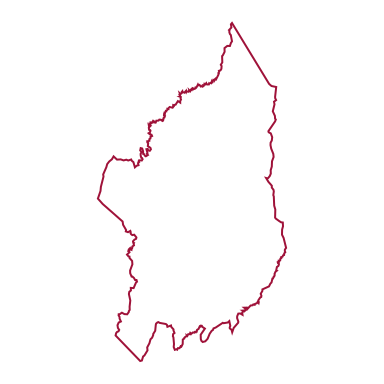 Tano North Municipal, Brong Ahafo, Ghana
{"feature_id": "2480657B68079094729511", "entity_name": "Tano North Municipal", "entity_type": "district", "adm_level": 2, "iso_a3": "GHA", "parent_name": "Ghana", "parent_adm1": "Brong Ahafo", "projection": "equal_earth", "projection_center": [-2.195, 7.195], "detail": "fine", "context": "isolated", "style": "outline", "palette": "rose", "viewbox_px": 384, "rotation_deg": 0, "n_neighbors": 0, "source": "geoboundaries", "source_scale": "gbopen_adm2", "svg_char_len": 6022}
<svg xmlns="http://www.w3.org/2000/svg" viewBox="0 0 384 384"><path d="M276.2,87.0L271.5,86.0L269.1,83.9L232.0,23.0L230.9,24.3L231.4,27.5L229.0,30.1L229.5,30.6L229.3,32.0L229.9,34.0L230.8,35.0L232.0,41.3L230.9,43.0L229.9,46.0L227.3,45.9L224.5,48.1L224.6,51.8L222.8,55.4L222.1,56.1L222.3,62.4L220.8,64.8L221.6,66.0L221.4,68.8L220.6,70.2L219.0,70.8L219.3,71.5L218.7,72.4L218.8,73.2L218.4,73.3L218.5,74.5L216.1,79.3L215.6,78.8L215.0,79.7L215.0,79.1L213.8,80.1L213.3,79.9L212.5,82.4L211.8,82.7L211.6,82.0L211.2,83.2L210.5,82.9L209.4,83.5L209.7,84.2L209.1,83.6L208.9,84.4L207.1,84.5L206.4,83.6L206.0,83.9L206.0,83.4L204.6,84.6L204.3,84.2L203.9,85.5L203.4,85.4L203.6,85.8L202.6,86.7L201.4,86.1L200.8,86.5L199.5,84.9L198.5,84.6L198.6,85.3L198.0,85.4L197.8,84.8L196.7,87.0L195.6,87.4L195.9,88.0L195.2,88.6L193.5,89.2L193.5,88.5L192.7,88.2L192.6,89.2L191.8,88.8L191.3,89.2L191.4,90.1L190.7,90.0L190.2,91.2L189.3,90.3L189.5,91.1L189.1,91.4L188.8,90.9L188.2,91.7L186.6,91.4L186.4,91.8L186.2,91.0L185.8,91.5L186.1,91.8L185.4,92.2L185.5,91.4L184.4,92.6L182.4,92.0L182.3,91.3L181.7,92.0L181.7,93.2L180.6,94.0L179.7,93.2L179.9,93.9L179.4,94.5L180.4,96.4L179.7,96.6L180.8,97.0L180.6,98.6L181.0,99.6L180.2,101.0L180.2,102.6L177.9,101.1L175.6,104.7L174.3,104.9L174.0,105.8L173.2,105.3L173.0,107.2L172.6,107.7L169.7,107.0L168.3,108.3L168.4,109.0L167.6,108.9L167.8,109.4L166.6,110.5L166.4,110.0L166.3,111.1L165.8,110.9L165.0,112.7L164.5,112.7L164.5,113.2L165.0,113.1L164.9,113.6L164.1,113.9L164.0,115.2L164.7,115.3L164.6,116.0L164.9,116.1L164.4,117.5L163.7,117.7L163.1,120.6L162.6,120.9L162.0,120.0L161.5,120.4L160.6,119.7L159.3,119.6L158.5,120.6L156.3,120.7L155.7,122.6L155.1,122.7L153.9,121.3L153.3,122.0L152.9,121.2L152.1,122.5L150.9,122.4L151.2,123.2L150.1,123.5L150.7,124.3L150.1,124.0L150.3,124.7L149.8,124.5L149.3,125.6L148.8,125.1L149.1,126.9L149.6,126.8L148.8,127.7L149.1,129.8L150.2,130.1L150.5,130.8L149.8,132.5L148.6,133.2L149.6,134.1L150.0,133.7L150.5,134.6L151.5,134.7L152.1,136.0L150.5,136.8L150.4,138.5L149.3,139.2L149.4,140.8L147.3,141.3L147.8,142.2L147.5,142.6L148.2,143.2L147.8,146.1L150.4,147.8L150.9,149.3L149.8,150.8L148.2,150.4L147.7,148.9L146.4,149.2L147.5,153.2L146.9,153.8L147.9,155.0L145.8,156.3L145.0,155.8L143.9,154.0L143.2,153.9L143.1,151.2L142.2,148.5L140.7,148.1L140.2,150.4L141.5,152.1L140.6,153.9L140.7,155.7L141.3,157.8L142.0,158.0L142.6,159.2L141.8,160.5L139.1,160.3L138.6,161.3L139.1,162.1L138.0,163.1L138.5,165.2L136.7,165.7L134.9,167.3L133.4,162.1L131.7,160.7L131.2,159.5L128.2,160.5L126.3,159.7L123.6,160.4L120.7,159.4L117.0,159.6L113.6,156.4L111.9,159.3L109.2,161.5L107.2,164.1L106.3,167.3L103.2,174.4L103.5,176.6L100.9,186.8L100.5,191.0L97.9,198.6L102.7,204.0L122.6,221.5L123.1,224.8L126.1,230.0L125.8,231.4L128.0,232.2L130.3,230.9L130.7,232.1L130.6,233.4L131.2,234.3L132.3,235.1L134.2,234.7L136.4,237.4L136.1,238.8L134.5,239.6L133.0,241.3L133.2,242.6L134.0,243.0L133.6,243.7L134.0,245.3L132.3,246.5L132.3,247.8L131.8,248.8L131.4,248.6L131.4,249.8L129.6,249.0L129.6,248.6L128.8,249.4L128.4,250.7L129.2,250.6L128.8,251.2L129.5,252.2L127.0,254.6L128.5,256.4L129.5,256.6L129.6,258.1L132.1,260.9L132.4,264.3L130.1,270.5L130.2,273.3L131.6,276.6L132.3,276.5L133.9,277.9L135.1,280.0L136.5,280.0L137.0,281.7L136.1,282.3L133.6,288.1L130.8,287.9L130.9,290.5L129.3,291.8L128.9,294.0L130.3,300.5L129.6,306.7L129.7,309.9L128.8,311.2L128.8,312.0L127.2,314.3L124.4,314.1L121.9,312.7L119.4,314.4L118.7,314.3L118.6,315.5L119.5,316.8L119.6,318.6L120.9,321.5L118.7,322.5L117.5,325.2L117.9,327.9L119.2,329.9L118.5,331.3L117.0,332.0L116.1,333.2L115.6,335.5L140.2,361.0L141.9,360.5L143.1,356.5L144.4,355.5L147.5,350.4L147.2,347.4L149.4,343.3L150.5,339.3L152.1,337.7L153.2,335.1L153.2,334.0L155.2,330.8L155.8,324.8L156.1,323.6L157.5,322.4L158.4,322.1L159.7,322.9L165.8,324.0L166.9,324.8L167.4,326.8L171.0,325.5L171.2,326.8L173.5,329.4L173.5,330.5L174.5,333.0L173.1,334.1L172.9,336.3L173.4,337.3L174.0,344.0L173.7,347.0L174.8,349.8L176.4,349.2L177.2,349.7L178.0,348.1L179.5,348.2L180.1,347.1L180.9,347.0L180.9,346.1L181.6,346.2L182.7,344.0L182.8,339.5L184.3,338.5L184.3,337.8L185.3,336.9L186.8,336.1L186.7,335.5L187.3,336.0L188.2,334.2L189.8,334.2L190.0,333.6L190.4,333.9L190.5,333.0L191.4,333.7L193.0,332.4L194.2,332.7L194.8,331.9L195.8,332.3L196.2,331.5L196.7,331.6L197.1,329.8L198.5,329.0L199.7,326.4L200.1,326.7L200.9,325.6L201.8,325.8L201.8,326.5L204.9,328.6L200.7,334.7L200.8,339.1L201.4,340.8L202.7,342.0L205.3,341.3L207.6,338.8L209.7,333.7L211.7,330.8L213.0,329.9L213.5,328.4L215.6,327.6L222.8,322.8L223.6,323.2L227.8,322.5L229.3,321.1L230.3,325.9L229.7,327.4L229.8,328.4L231.5,329.7L232.2,332.3L233.7,327.9L238.2,322.7L238.3,321.5L237.1,318.1L237.2,316.2L238.3,313.6L240.3,313.5L242.5,314.8L242.2,312.5L243.3,310.9L242.8,310.6L244.2,310.5L244.4,311.2L245.6,310.2L245.2,308.5L244.2,307.7L247.0,307.6L247.4,309.0L250.6,305.5L252.6,305.3L253.3,304.4L254.7,304.8L255.0,303.9L256.9,303.2L257.7,301.8L258.6,303.0L258.8,302.0L258.3,301.3L258.4,300.2L260.2,297.5L261.2,297.0L261.4,295.7L260.7,293.8L262.4,290.9L262.4,289.4L269.0,286.4L270.4,283.6L271.5,282.5L272.4,278.6L273.0,278.5L273.7,276.6L274.2,276.5L274.7,275.0L274.5,274.0L275.5,271.7L276.8,270.7L276.2,270.4L276.9,267.0L278.3,266.0L278.9,264.5L278.8,263.2L278.0,263.1L277.7,262.1L279.1,261.5L278.8,260.6L280.2,260.3L280.4,258.6L281.3,258.1L281.1,257.2L282.5,256.7L283.1,255.3L284.1,255.0L284.2,253.4L285.3,252.2L284.8,251.0L284.9,249.6L286.1,247.9L283.6,237.9L282.0,234.7L282.1,229.6L283.0,226.3L282.8,222.5L281.1,222.3L279.1,221.0L275.8,218.6L275.1,217.6L275.3,209.5L274.2,205.7L273.8,196.5L273.3,195.1L273.8,191.5L273.5,189.8L271.8,187.6L271.8,185.7L268.4,181.8L266.1,178.0L267.6,178.4L268.2,178.0L269.8,176.0L270.8,173.6L270.7,170.2L271.8,166.6L272.0,161.3L273.6,157.0L273.3,153.9L271.2,148.6L270.5,145.1L270.6,142.7L271.8,140.5L272.2,137.2L270.8,133.4L268.7,132.3L268.4,131.2L275.1,121.4L275.8,119.5L275.1,118.7L274.9,115.9L272.8,111.3L274.5,104.3L274.0,101.7L276.1,100.1L275.2,98.2L275.1,96.9L276.2,87.0Z" fill="none" stroke="#9f1239" stroke-width="2"/></svg>